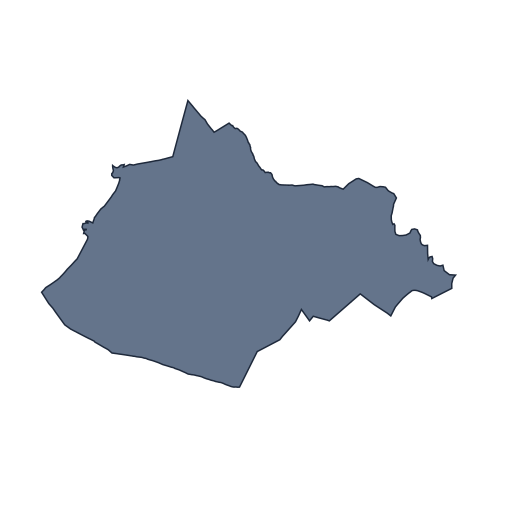 the district of San Felipe Jalapa de Díaz, Oaxaca, Mexico, rotated 195°
{"feature_id": "50627088B17245875602717", "entity_name": "San Felipe Jalapa de Díaz", "entity_type": "district", "adm_level": 2, "iso_a3": "MEX", "parent_name": "Mexico", "parent_adm1": "Oaxaca", "projection": "equal_earth", "projection_center": [-96.53, 18.067], "detail": "fine", "context": "isolated", "style": "filled", "palette": "slate", "viewbox_px": 512, "rotation_deg": 195, "n_neighbors": 0, "source": "geoboundaries", "source_scale": "gbopen_adm2", "svg_char_len": 5944}
<svg xmlns="http://www.w3.org/2000/svg" viewBox="0 0 512 512"><g transform="rotate(195 256 256)"><path d="M316.4,377.4L319.6,374.0L323.2,370.2L326.2,367.0L327.4,365.8L328.5,364.7L328.7,364.9L328.8,364.9L330.9,366.5L331.9,367.1L337.1,371.0L340.6,374.5L342.6,375.4L345.5,376.9L348.4,379.0L349.2,379.5L355.2,383.7L355.4,383.9L362.0,388.5L362.1,360.7L362.1,358.7L362.1,355.8L362.1,330.4L365.4,328.5L366.8,327.7L368.1,326.9L370.6,325.5L370.9,325.4L372.5,324.4L374.8,323.2L375.7,322.8L377.4,322.1L380.3,320.7L380.5,320.6L381.7,320.0L382.6,319.5L383.3,319.3L384.0,318.9L385.5,318.2L392.0,315.2L394.4,314.1L394.9,313.8L397.6,312.3L398.0,312.1L401.7,311.8L403.7,310.1L404.4,309.5L407.1,307.6L407.0,309.5L407.0,310.2L408.1,309.6L408.8,309.4L409.8,309.0L410.4,308.3L411.0,307.5L411.6,306.4L412.4,305.7L413.3,305.2L414.3,305.2L415.3,305.3L416.4,305.7L417.3,306.0L417.9,306.3L417.7,305.5L417.0,303.8L415.8,301.5L416.0,299.2L416.6,298.4L416.6,298.2L416.2,296.5L413.5,294.8L412.3,295.1L408.5,296.3L407.5,296.2L407.5,295.5L407.5,294.4L407.4,294.3L407.3,294.2L407.4,290.7L408.0,285.9L408.5,282.4L409.8,279.4L410.5,277.6L411.0,275.8L415.4,264.8L416.9,262.9L417.5,261.9L417.8,261.7L418.3,260.6L420.2,256.0L421.0,253.7L421.4,252.4L422.0,251.5L421.9,249.7L422.1,247.8L422.2,245.7L426.1,246.4L427.8,246.3L429.0,245.8L429.3,245.3L428.8,244.4L427.8,245.0L426.9,244.7L426.9,244.2L427.9,244.3L430.7,242.7L431.5,242.5L431.5,238.9L429.9,237.0L429.5,236.5L429.1,237.2L427.6,237.7L426.9,237.8L426.9,237.3L428.4,236.7L428.3,233.1L427.1,233.5L423.5,231.4L423.5,231.1L423.2,230.3L423.1,228.6L428.0,206.9L429.1,205.0L430.4,202.5L431.3,200.7L431.5,200.4L432.3,198.8L432.4,198.7L434.9,194.3L434.9,194.2L435.0,194.1L435.1,193.8L436.2,191.4L437.5,188.8L438.8,186.4L439.2,185.8L440.0,184.1L440.5,183.4L441.5,182.0L441.5,181.9L447.2,175.1L450.7,171.3L451.3,170.3L451.4,170.0L452.0,168.6L452.3,168.1L453.7,165.5L443.8,156.4L438.7,153.0L435.1,149.9L422.9,140.0L416.0,137.4L400.1,133.9L399.2,133.7L397.2,133.3L396.4,133.1L394.5,132.8L392.3,132.3L391.8,132.2L390.5,132.0L389.4,131.2L388.4,130.9L387.1,130.6L386.5,130.4L382.8,129.4L381.0,128.9L378.8,128.3L377.4,128.0L374.4,127.2L370.0,125.0L368.0,125.3L367.7,125.3L366.9,125.4L366.6,125.5L366.0,125.5L365.0,125.7L363.5,125.8L361.3,126.1L357.9,126.5L354.3,126.9L351.3,127.2L349.8,127.4L348.8,127.4L348.3,127.5L347.2,127.7L344.9,127.8L340.4,128.5L338.9,128.5L337.7,128.4L336.0,128.6L334.9,128.5L334.1,128.3L332.0,128.2L329.0,128.2L327.4,128.1L323.7,127.8L322.4,127.7L317.9,127.0L313.4,126.9L311.3,126.8L310.8,126.8L309.4,126.7L308.7,126.7L308.4,126.7L307.5,126.8L305.6,126.6L305.4,126.4L300.6,126.1L298.9,125.8L297.6,125.6L296.5,125.4L294.3,125.1L291.5,124.5L290.9,124.4L289.4,124.6L289.2,124.6L287.9,124.7L287.6,124.7L286.8,124.8L286.7,124.9L284.7,125.1L282.5,125.1L282.4,125.1L281.5,125.2L277.9,125.3L277.7,125.3L276.0,125.1L275.1,124.9L272.0,124.6L269.6,124.6L267.2,124.4L264.3,124.5L262.4,124.3L261.6,124.4L259.1,124.5L257.2,124.7L256.9,124.7L255.6,124.6L254.7,124.5L252.6,124.1L250.9,123.9L249.2,123.8L248.2,123.7L246.5,123.5L245.4,123.5L243.9,123.6L243.0,123.8L241.5,124.3L239.8,124.5L238.0,125.1L236.3,133.4L230.1,164.0L211.3,181.3L209.6,185.3L208.0,188.4L200.8,202.7L199.5,208.9L198.3,216.1L189.4,208.8L187.5,207.2L185.1,212.6L178.6,212.5L170.4,212.5L168.4,212.3L145.5,246.4L129.2,239.6L114.5,234.8L110.3,233.0L110.0,234.4L108.2,242.8L106.6,246.3L104.8,250.0L103.3,253.1L102.0,255.1L100.1,257.9L98.8,259.7L97.5,261.3L96.5,262.8L95.2,263.5L93.7,264.0L92.3,264.2L91.0,264.3L86.2,263.9L83.6,263.5L77.6,262.3L75.9,262.0L75.2,260.4L66.0,268.7L58.5,275.4L59.8,280.0L59.9,285.6L58.3,289.2L64.3,288.0L70.5,290.6L73.1,295.5L75.5,294.0L78.7,293.8L82.4,294.6L84.2,296.4L84.6,299.1L85.8,301.1L87.7,300.1L88.5,298.8L88.8,297.2L90.8,302.6L93.1,310.7L95.9,309.6L97.4,309.7L98.6,310.0L99.6,310.7L100.2,311.5L100.8,312.4L101.8,314.5L101.9,316.3L102.6,318.4L104.6,320.1L106.2,321.9L106.8,323.0L107.8,323.1L109.9,323.2L111.5,322.4L112.4,322.0L112.9,320.4L113.3,318.0L116.5,315.1L119.7,313.7L123.0,312.7L126.5,313.1L128.2,315.7L129.2,319.1L129.8,321.6L131.0,322.8L132.0,321.9L133.5,323.8L134.7,326.1L135.8,329.9L135.7,332.8L136.1,338.2L136.1,339.6L136.5,341.6L135.4,348.4L139.1,351.9L141.0,352.1L144.0,352.9L145.4,353.4L148.7,355.9L151.0,355.8L154.2,355.2L156.8,353.6L158.6,353.2L161.2,353.9L167.3,355.7L176.8,357.5L179.2,356.4L182.7,352.5L185.1,349.9L189.1,343.1L193.5,343.6L194.2,344.0L196.0,344.0L197.2,343.9L199.3,343.1L201.7,342.5L202.9,342.0L204.5,341.6L205.7,341.3L206.5,341.0L207.2,340.7L208.0,340.4L210.4,341.0L214.0,340.5L218.3,340.1L219.0,340.1L219.5,340.2L222.0,339.2L224.3,338.4L225.6,337.9L228.0,336.8L236.3,333.9L237.4,333.8L238.4,333.9L239.1,333.9L239.5,333.9L241.9,333.1L242.3,333.0L242.7,332.8L243.0,332.9L243.3,332.7L243.6,332.7L247.5,331.8L250.2,331.2L250.5,331.2L250.9,331.2L251.4,331.0L251.8,331.1L252.1,331.1L252.4,331.0L253.5,331.4L253.5,331.6L253.9,331.7L254.4,331.9L254.7,331.9L254.9,332.0L255.2,332.3L255.7,332.7L255.8,332.7L256.2,332.9L256.4,332.9L256.5,333.2L256.8,333.2L257.3,333.5L257.5,333.6L257.8,333.8L258.1,334.1L259.0,334.8L260.4,336.4L261.7,338.9L263.5,340.2L264.3,339.9L265.3,340.0L266.0,340.1L266.2,339.8L267.1,339.7L268.7,339.0L269.5,339.6L269.9,340.0L271.5,340.9L272.8,340.7L273.0,340.7L275.5,342.9L275.8,343.0L276.3,343.4L277.0,344.0L278.4,345.4L279.5,346.4L280.3,346.8L280.7,346.9L280.9,347.1L282.8,349.5L283.5,350.9L284.0,351.8L285.2,352.9L285.2,353.4L287.4,355.5L288.4,356.9L289.0,358.1L289.2,358.9L289.3,359.4L290.0,360.3L290.5,361.3L290.9,362.1L291.8,362.6L291.9,362.9L292.2,363.3L292.6,363.6L292.8,363.6L294.3,365.9L295.6,367.6L295.8,367.9L297.5,369.8L299.5,371.0L300.2,371.4L300.9,372.0L301.6,372.2L301.7,372.3L303.1,372.4L303.7,372.6L304.2,372.9L304.4,373.1L306.5,374.2L306.8,374.3L307.8,374.3L309.0,373.7L309.6,373.9L309.9,374.0L311.1,374.7L311.6,375.2L311.7,375.3L311.7,375.2L311.8,375.4L312.0,375.6L313.2,375.7L314.8,376.5L316.4,377.4Z" fill="#64748b" stroke="#1e293b" stroke-width="1.5"/></g></svg>